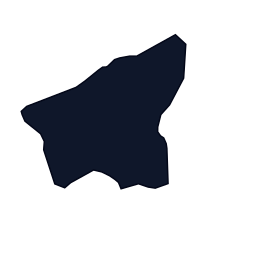 an SVG outline of Celje, rotated 61°
{"feature_id": "SVN-941", "entity_name": "Celje", "entity_type": "Municipality", "adm_level": 1, "iso_a3": "SVN", "parent_name": "Slovenia", "parent_adm1": "", "projection": "orthographic", "projection_center": [15.275, 46.255], "detail": "fine", "context": "isolated", "style": "filled", "palette": "ink", "viewbox_px": 256, "rotation_deg": 61, "n_neighbors": 0, "source": "natural_earth", "source_scale": "10m", "svg_char_len": 647}
<svg xmlns="http://www.w3.org/2000/svg" viewBox="0 0 256 256"><g transform="rotate(61 128 128)"><path d="M69.4,41.3L82.8,36.9L111.4,55.2L127.9,80.4L132.2,92.8L141.5,101.5L145.7,103.9L150.6,103.4L154.0,101.6L160.2,102.2L164.7,103.9L196.0,119.9L193.8,133.3L189.4,139.0L181.8,145.9L177.8,163.5L171.0,162.7L166.7,164.3L160.9,167.2L153.6,172.3L148.0,178.5L148.0,204.7L149.6,212.3L141.4,219.1L106.2,212.3L99.2,207.7L90.7,207.2L72.1,214.8L65.0,214.1L61.7,213.3L60.0,206.1L67.3,153.7L66.1,143.0L63.1,125.9L62.5,120.7L64.0,117.7L64.2,116.0L61.7,106.6L62.7,101.3L66.0,91.6L69.4,85.6L69.4,41.3Z" fill="#0f172a" stroke="#020617" stroke-width="1.5"/></g></svg>